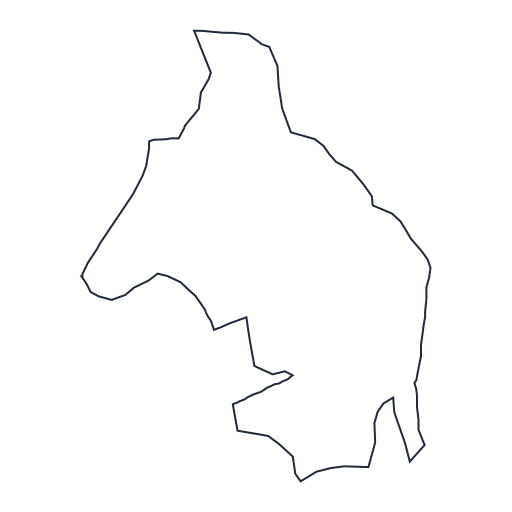 the district of Ohafia, Abia, Nigeria
{"feature_id": "59680162B76876152340896", "entity_name": "Ohafia", "entity_type": "district", "adm_level": 2, "iso_a3": "NGA", "parent_name": "Nigeria", "parent_adm1": "Abia", "projection": "natural_earth1", "projection_center": [7.789, 5.658], "detail": "fine", "context": "isolated", "style": "outline", "palette": "slate", "viewbox_px": 512, "rotation_deg": 0, "n_neighbors": 0, "source": "geoboundaries", "source_scale": "gbopen_adm2", "svg_char_len": 1856}
<svg xmlns="http://www.w3.org/2000/svg" viewBox="0 0 512 512"><path d="M396.6,217.8L391.9,213.5L372.7,205.4L371.9,196.4L363.5,184.4L352.1,170.7L336.1,161.9L329.6,154.6L323.6,146.0L314.8,139.1L296.0,133.8L290.9,132.3L288.5,125.9L282.2,108.6L278.7,86.3L277.6,68.7L277.5,66.0L269.3,47.0L262.0,44.3L248.6,34.5L233.9,32.9L222.6,32.7L202.5,30.9L194.1,30.7L205.6,59.6L210.8,72.6L208.8,78.9L200.9,92.5L198.8,108.9L184.9,125.7L184.2,128.1L178.7,138.4L171.8,138.3L169.2,138.6L166.9,139.2L153.3,139.8L149.1,141.4L149.0,148.9L147.1,160.2L146.2,165.9L142.6,175.7L133.0,194.2L127.1,203.0L119.6,214.2L108.9,230.1L103.6,238.1L102.5,239.7L101.7,240.8L100.5,242.6L96.9,249.2L87.9,262.7L82.4,274.1L82.4,276.4L81.5,276.4L83.7,279.6L86.8,284.3L90.6,292.0L98.8,296.4L111.7,299.9L125.4,294.9L134.0,287.6L148.5,280.6L157.7,273.6L167.6,276.1L171.9,278.1L180.8,282.3L188.3,289.6L191.7,292.6L195.3,295.7L204.5,308.9L207.2,315.2L211.1,321.2L214.0,329.8L220.5,327.4L230.0,323.2L246.4,317.3L248.1,329.3L249.9,340.8L251.1,347.5L254.4,366.0L272.6,374.3L285.0,371.3L288.7,373.2L292.6,375.3L287.1,379.6L283.2,381.0L279.1,383.5L274.7,384.2L271.0,386.1L267.3,387.6L260.8,391.9L253.8,394.3L247.1,397.5L244.3,399.6L239.9,401.1L237.7,402.4L232.8,404.2L237.5,430.7L268.0,435.9L278.3,443.4L292.8,456.6L295.3,473.8L300.6,481.3L316.5,471.7L331.0,468.0L344.3,466.3L368.4,467.1L375.2,442.4L374.4,423.3L377.6,411.9L383.4,403.5L393.2,397.6L394.3,412.3L405.2,443.7L409.8,461.6L424.6,445.0L418.5,429.7L418.5,419.9L417.0,406.9L417.0,395.4L416.1,388.5L414.4,383.0L416.3,380.2L418.3,369.3L420.0,361.0L421.0,356.2L421.0,347.2L421.0,344.7L422.4,334.9L423.7,325.1L425.1,316.9L425.1,312.0L426.4,298.9L426.4,295.7L426.4,287.5L428.0,281.5L429.1,277.7L430.5,267.9L427.7,259.7L422.0,251.6L416.4,245.1L416.2,244.8L410.8,238.6L405.1,228.8L400.5,221.4L396.6,217.8Z" fill="none" stroke="#1e293b" stroke-width="2"/></svg>